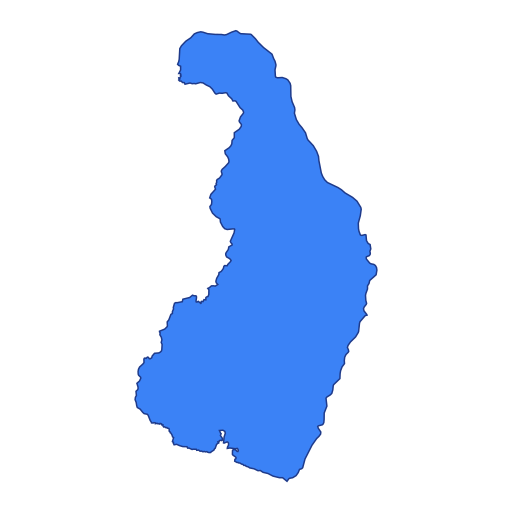 the district of Chiang Khong, Chiang Rai, Thailand
{"feature_id": "78962969B70832563966269", "entity_name": "Chiang Khong", "entity_type": "district", "adm_level": 2, "iso_a3": "THA", "parent_name": "Thailand", "parent_adm1": "Chiang Rai", "projection": "robinson", "projection_center": [100.287, 20.178], "detail": "fine", "context": "isolated", "style": "filled", "palette": "blue", "viewbox_px": 512, "rotation_deg": 0, "n_neighbors": 0, "source": "geoboundaries", "source_scale": "gbopen_adm2", "svg_char_len": 6040}
<svg xmlns="http://www.w3.org/2000/svg" viewBox="0 0 512 512"><path d="M366.0,235.0L365.1,234.6L361.9,235.4L360.9,235.3L360.3,234.8L359.0,231.3L358.5,228.8L358.3,223.1L360.3,215.7L361.2,209.3L360.8,207.4L357.0,201.2L352.6,197.4L345.0,192.9L341.5,189.8L338.1,187.6L327.4,182.5L324.7,179.8L322.7,176.5L321.3,173.0L318.9,160.6L318.5,156.4L316.6,151.3L313.3,145.7L308.0,140.0L307.2,138.5L305.5,132.8L302.0,127.7L299.1,124.3L296.4,119.7L294.4,113.2L294.9,109.9L294.6,107.6L292.1,101.7L290.9,96.5L290.7,85.6L290.1,83.3L287.8,79.9L285.9,78.7L282.2,77.5L277.4,77.8L275.7,77.1L275.4,76.2L275.0,69.9L275.9,65.8L275.9,64.6L275.0,61.2L273.7,58.7L272.0,54.2L263.6,47.6L258.2,42.3L255.4,38.7L251.2,34.5L250.3,34.2L240.8,33.7L239.6,33.1L237.0,31.1L235.8,30.7L231.7,32.1L226.5,34.6L224.4,35.0L221.5,34.5L215.1,34.4L207.6,33.7L203.0,32.2L200.7,31.8L197.2,32.6L194.3,33.9L190.8,37.8L185.8,41.2L181.5,45.7L179.8,48.6L179.2,59.3L178.7,61.7L177.6,64.3L178.7,65.4L180.6,66.2L180.6,70.0L178.8,73.5L180.5,73.6L180.6,74.5L180.9,74.9L180.5,75.5L180.9,75.8L180.9,76.4L180.0,77.4L179.9,78.2L179.2,78.0L179.6,78.7L179.1,78.7L179.4,79.2L178.7,80.0L179.6,81.0L181.4,81.2L182.4,82.5L184.3,82.6L185.0,84.2L190.0,83.0L192.2,83.7L194.1,83.5L195.7,83.8L200.3,82.5L203.0,82.9L206.3,85.0L209.9,86.7L212.4,89.2L214.9,93.1L216.1,94.1L219.4,93.1L222.2,93.3L225.5,92.7L226.9,93.0L228.4,95.7L231.8,98.9L232.9,101.0L235.0,100.8L236.1,101.4L240.1,107.7L242.8,110.1L243.6,112.3L243.4,113.2L240.5,116.9L239.1,120.8L239.4,121.8L241.4,124.5L241.3,126.3L239.3,129.2L234.3,132.7L234.3,137.7L232.1,140.4L231.8,143.9L230.8,145.9L229.2,147.7L224.8,150.7L225.3,153.8L227.7,156.9L228.6,159.0L229.0,161.4L228.6,162.8L225.3,166.5L222.2,169.3L221.4,170.7L221.3,171.6L222.0,173.6L222.0,174.7L219.6,178.0L217.2,179.5L216.6,180.5L216.7,182.4L216.1,183.4L216.5,184.7L215.1,185.8L214.7,186.7L215.5,189.2L210.9,194.3L209.7,197.9L210.9,198.7L211.6,199.6L211.8,201.7L211.5,204.4L209.9,206.5L210.1,208.2L212.5,213.1L216.2,216.7L219.9,218.7L220.2,219.4L220.4,222.0L222.7,226.5L224.7,228.7L227.2,229.5L232.9,228.9L234.5,229.0L234.7,229.3L234.1,232.8L230.3,241.3L230.8,242.5L232.1,244.1L232.1,245.0L228.8,246.9L228.3,249.5L226.1,252.7L225.7,253.8L225.8,255.1L226.6,256.9L229.7,258.7L231.1,260.4L230.5,261.6L227.8,264.4L227.2,265.7L224.5,265.6L223.8,266.5L223.4,268.4L222.1,270.3L221.1,271.5L219.0,272.6L218.8,274.6L216.7,278.3L215.9,281.2L216.2,282.7L217.8,284.5L215.3,286.1L213.4,285.8L211.4,285.9L209.3,287.7L207.8,288.4L208.9,289.8L208.8,294.4L208.0,296.5L206.7,296.9L205.9,297.5L205.8,299.8L204.0,299.6L203.0,301.6L201.4,301.4L201.1,301.8L201.1,303.1L200.8,303.4L198.2,301.3L197.2,302.0L196.3,302.0L196.0,301.0L196.5,297.8L196.4,296.3L195.9,295.8L194.2,295.8L192.5,295.2L189.7,297.5L182.9,299.2L182.3,301.7L177.1,302.7L175.8,302.6L174.5,303.3L173.3,307.5L173.5,309.0L172.4,311.6L172.4,313.5L170.9,314.4L168.8,319.9L167.2,321.9L167.4,325.7L167.2,326.6L164.7,329.1L159.5,331.2L159.5,331.9L160.1,332.7L159.9,334.8L161.3,337.2L161.9,339.9L161.2,342.4L162.1,344.4L161.8,349.7L161.4,351.0L160.3,352.1L158.9,352.9L154.5,353.3L152.2,356.0L151.7,357.8L150.3,358.7L149.3,358.7L148.3,357.3L147.4,357.1L146.1,358.4L145.0,358.0L144.3,358.3L143.9,359.1L144.0,362.6L142.9,364.0L139.6,367.0L138.5,369.2L138.1,371.4L138.2,374.1L138.6,375.2L140.6,377.2L140.8,378.2L139.5,381.0L136.9,383.3L138.0,386.9L138.1,388.4L137.7,389.7L136.0,391.3L136.4,395.5L135.4,397.3L135.1,399.7L136.2,402.5L136.7,405.7L137.3,407.5L140.1,409.1L142.8,412.4L144.1,413.6L147.4,414.3L148.2,415.4L150.2,420.5L151.3,422.1L151.5,422.9L153.3,423.0L153.9,422.6L155.4,422.9L155.4,423.7L157.1,423.3L157.4,423.7L158.2,423.6L159.3,424.1L160.0,423.4L160.9,423.6L161.1,424.1L161.6,424.0L161.8,424.9L162.9,424.8L162.9,425.8L163.7,427.0L164.5,426.8L166.1,427.8L166.8,427.5L167.5,428.2L168.9,428.5L169.3,429.8L169.1,431.0L170.2,432.1L170.2,432.7L171.0,433.2L172.0,435.0L172.6,436.9L173.6,437.6L172.4,441.6L173.5,442.3L173.2,442.9L174.1,444.8L176.6,444.3L179.5,445.6L182.8,446.6L187.0,446.7L187.6,448.1L189.1,448.1L192.1,449.5L192.9,449.2L196.3,449.3L196.7,450.3L198.7,450.1L200.0,451.2L201.6,451.1L203.0,451.8L204.1,451.4L205.4,451.9L206.9,451.6L207.4,452.1L209.0,452.6L210.7,452.5L211.1,451.9L213.9,450.1L214.5,448.8L215.2,448.3L216.5,444.6L217.7,443.3L218.5,443.1L218.0,441.9L219.0,441.9L219.3,440.7L220.2,440.3L221.6,440.6L222.2,440.3L222.3,438.2L220.4,435.5L221.1,433.7L220.6,433.2L219.4,430.5L222.9,430.2L224.8,431.4L225.3,433.2L224.1,437.0L223.5,442.9L224.1,443.1L227.1,441.9L228.0,442.3L228.5,443.2L228.5,445.2L227.5,447.0L227.3,448.4L229.9,448.0L235.2,448.7L237.3,448.4L238.0,449.3L238.3,450.6L237.9,451.5L237.0,451.4L236.0,450.2L234.7,449.6L233.2,449.7L232.5,450.6L232.4,454.3L233.0,455.2L235.6,457.0L236.0,457.6L235.9,458.7L234.9,459.3L234.7,461.2L237.1,462.5L238.0,462.4L238.5,462.9L239.8,463.0L241.6,464.1L243.0,464.4L243.8,465.4L245.4,465.4L246.1,466.3L248.3,466.9L249.7,467.9L254.1,468.8L258.0,470.7L260.3,470.5L263.0,472.3L268.0,473.5L273.0,476.1L279.4,477.7L282.6,477.7L287.0,481.3L288.8,478.8L289.5,478.3L292.7,477.7L296.1,475.6L298.2,472.6L299.5,469.4L301.7,468.7L302.7,467.7L305.0,459.0L312.0,445.2L316.7,438.5L318.9,436.4L320.6,434.1L320.8,432.0L318.3,428.3L317.7,426.4L318.5,425.8L322.3,424.8L323.0,424.2L323.8,422.6L324.1,419.5L324.2,413.0L326.9,406.1L326.0,398.2L326.9,397.0L330.3,394.9L331.8,393.4L332.8,389.9L333.2,385.9L333.6,384.7L339.9,378.6L340.1,373.7L340.6,370.7L342.1,366.8L344.5,363.6L344.3,360.5L344.7,357.2L346.0,354.5L348.1,352.4L348.7,351.5L348.4,349.8L347.4,347.5L348.0,345.5L350.4,342.0L355.6,336.9L358.2,332.6L358.6,331.5L359.5,323.3L360.0,321.7L364.8,316.1L365.5,315.5L367.0,315.2L366.8,314.5L364.0,310.9L363.5,308.7L364.2,307.0L366.2,304.4L366.6,303.4L365.8,300.3L365.5,295.3L365.9,293.4L367.5,289.0L367.5,285.9L369.0,283.5L369.7,280.5L376.1,274.8L376.9,270.1L376.5,267.5L375.4,265.5L373.8,264.4L371.0,263.8L369.7,263.1L366.3,258.9L366.2,257.6L366.4,256.8L369.3,255.6L370.1,254.5L370.3,253.2L369.9,251.3L370.8,248.9L370.1,244.5L368.2,243.5L366.5,240.7L366.0,235.0Z" fill="#3b82f6" stroke="#1e3a8a" stroke-width="1.5"/></svg>